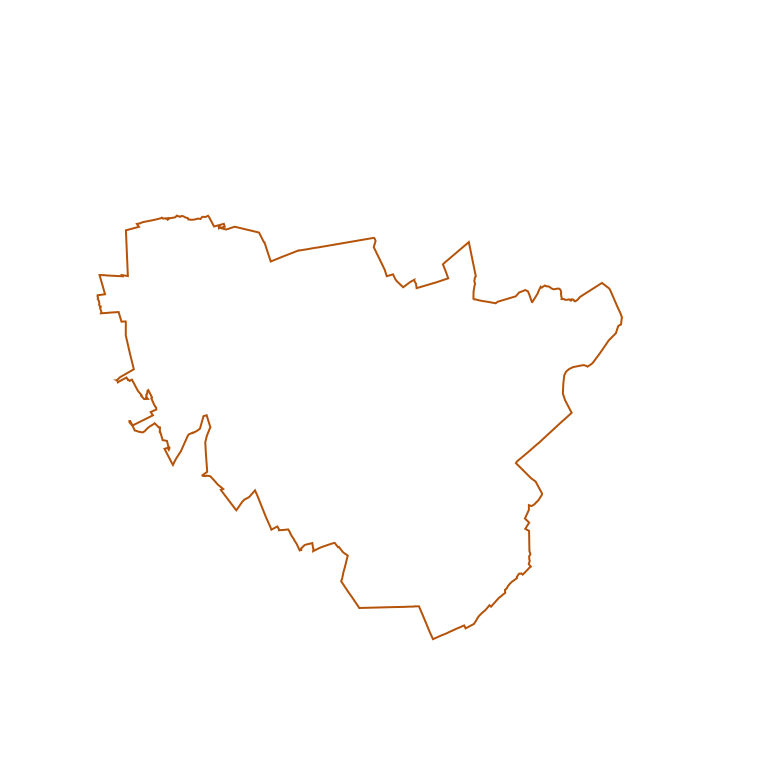 the district of Apaseo el Grande, Guanajuato, Mexico, rotated 63°
{"feature_id": "50627088B68600935642938", "entity_name": "Apaseo el Grande", "entity_type": "district", "adm_level": 2, "iso_a3": "MEX", "parent_name": "Mexico", "parent_adm1": "Guanajuato", "projection": "albers", "projection_center": [-100.631, 20.591], "detail": "fine", "context": "isolated", "style": "outline", "palette": "amber", "viewbox_px": 768, "rotation_deg": 63, "n_neighbors": 0, "source": "geoboundaries", "source_scale": "gbopen_adm2", "svg_char_len": 6081}
<svg xmlns="http://www.w3.org/2000/svg" viewBox="0 0 768 768"><g transform="rotate(63 384 384)"><path d="M365.7,226.8L362.3,245.4L362.8,247.8L357.4,254.9L355.2,258.0L352.2,261.8L350.3,263.9L349.9,264.3L349.7,265.0L348.9,265.6L348.2,265.4L342.4,262.3L337.9,259.0L335.8,257.2L334.6,257.2L333.0,256.6L331.8,255.6L330.8,255.1L329.7,253.3L296.1,244.0L303.1,273.5L304.1,277.2L311.9,277.9L319.0,278.8L317.2,291.0L313.4,311.4L309.8,310.2L308.7,310.0L307.3,310.1L305.3,310.0L304.9,309.7L305.0,313.5L305.1,314.7L306.5,323.0L298.5,325.8L296.4,326.3L290.4,326.2L289.2,332.6L282.5,331.5L257.4,331.0L252.8,326.6L250.4,326.3L249.2,326.6L232.2,381.3L231.1,384.4L229.5,389.9L226.4,399.5L226.2,399.5L224.6,415.5L223.4,429.3L203.5,426.2L203.2,426.6L192.3,426.6L176.1,445.6L174.7,454.5L171.2,458.4L170.9,457.7L171.6,454.5L168.6,454.0L167.7,458.2L168.6,458.5L170.0,459.5L170.2,460.3L167.5,459.3L166.5,463.9L155.9,464.1L154.2,464.4L154.2,465.6L154.2,466.5L154.1,467.2L154.0,467.7L152.8,469.3L152.7,470.6L153.7,472.6L152.2,474.5L152.1,475.1L151.5,477.9L150.9,479.6L149.7,482.0L149.1,482.6L148.8,483.4L148.5,483.7L148.0,483.4L147.6,483.4L147.1,483.6L146.6,483.9L145.8,485.1L143.8,486.4L142.8,487.5L142.4,487.9L142.5,489.5L142.5,489.8L142.3,490.0L141.9,490.0L141.0,491.5L140.3,491.7L139.9,492.2L140.7,494.3L140.0,496.7L139.0,499.8L139.4,502.2L137.9,502.6L138.6,500.4L138.4,500.4L137.5,503.5L137.2,503.4L136.2,505.9L136.1,506.0L135.4,506.2L134.9,506.5L135.0,507.5L134.6,509.5L133.1,515.5L130.5,524.7L130.0,527.3L130.2,527.9L129.2,531.5L132.7,531.0L129.9,544.2L171.5,563.2L168.0,568.1L169.3,568.1L161.1,582.3L159.8,584.1L159.6,584.9L158.9,585.8L157.8,588.0L177.4,591.8L175.9,596.1L174.9,598.8L175.6,599.4L177.1,599.5L177.5,599.7L177.9,600.2L178.2,600.5L180.3,600.3L182.5,600.9L183.2,601.2L183.9,601.8L184.7,601.9L185.3,601.7L185.9,601.9L186.3,601.3L186.9,601.5L187.6,602.6L188.5,602.6L190.1,602.9L191.2,603.0L191.8,603.3L192.5,604.1L194.8,598.7L196.4,594.8L199.4,587.8L209.3,589.6L210.9,585.8L211.4,585.8L223.4,592.0L241.7,596.6L257.3,600.2L258.1,616.0L259.3,620.2L259.2,620.5L259.7,620.1L261.7,620.4L261.5,618.5L261.3,610.5L264.2,610.3L264.2,609.7L265.7,609.3L265.7,608.6L265.8,608.3L265.6,607.3L265.7,606.6L278.4,606.4L283.9,605.1L284.2,605.8L288.5,604.6L290.1,601.1L288.5,601.4L288.2,601.8L287.7,602.0L286.4,600.7L285.8,600.3L285.6,600.5L284.9,599.6L284.9,599.3L282.6,597.8L282.4,596.8L290.6,596.8L290.8,596.8L291.1,597.8L298.0,598.2L301.0,598.0L301.3,597.7L303.4,598.4L303.0,604.6L303.7,604.6L307.0,604.1L306.8,626.9L301.7,627.0L301.4,627.6L302.6,628.2L304.7,627.6L307.2,627.1L309.3,627.1L312.3,627.2L312.5,626.7L314.9,624.5L317.6,621.0L317.4,618.5L316.4,615.9L315.8,613.8L315.4,611.4L315.3,609.5L315.2,607.8L314.8,606.2L320.6,604.3L320.6,603.4L320.3,602.9L324.9,605.6L325.1,605.6L325.0,605.1L333.6,606.7L334.7,605.0L335.4,604.3L336.2,603.2L342.3,604.7L342.5,604.2L343.6,604.1L344.9,605.6L342.7,605.7L342.1,609.0L357.6,608.9L358.1,608.9L360.3,608.8L357.2,604.7L355.8,602.6L351.7,595.5L341.0,582.3L340.3,580.9L340.5,576.5L340.9,576.5L340.8,571.4L340.2,568.2L330.7,559.4L331.3,556.2L343.9,558.4L344.0,558.8L349.6,565.2L350.8,566.3L354.8,569.7L364.0,573.8L382.0,581.4L382.9,587.2L383.5,587.3L385.1,584.8L385.1,583.7L386.2,582.1L387.3,580.7L392.7,579.1L398.0,577.8L404.5,575.0L404.3,577.5L428.8,573.1L429.5,572.9L424.5,563.6L423.6,560.7L423.6,556.8L423.4,555.0L422.5,553.0L420.2,547.2L425.7,547.5L449.9,549.7L452.8,549.8L460.2,550.2L462.7,550.5L462.5,543.7L465.9,543.5L466.6,544.0L468.2,540.3L470.1,535.4L473.7,535.1L474.0,535.3L478.0,535.2L481.8,534.7L482.3,534.9L486.0,534.5L487.3,534.4L494.0,534.7L494.4,533.1L493.0,532.6L491.5,528.0L491.5,527.3L493.2,520.1L497.7,521.6L498.1,521.7L498.7,521.6L500.8,523.0L500.8,516.7L501.0,513.3L502.4,503.6L503.1,500.1L508.6,499.0L508.7,498.2L515.6,496.8L520.4,494.2L529.3,501.9L533.4,505.7L538.1,509.4L539.1,510.3L539.1,510.5L540.3,511.7L553.3,510.2L559.2,509.3L565.8,508.5L571.4,507.8L572.3,507.8L586.1,478.9L591.7,467.3L592.9,464.6L596.1,457.9L596.0,457.7L598.0,453.8L610.0,454.6L626.5,455.9L633.6,456.2L634.1,446.4L634.5,442.5L634.9,431.0L635.2,427.8L635.4,423.5L635.5,422.2L638.8,422.2L638.6,412.8L636.3,408.8L635.8,408.2L634.2,405.5L633.3,403.2L632.3,399.9L631.6,396.6L630.3,393.4L629.0,390.5L631.0,389.7L630.5,388.5L626.7,378.7L626.0,374.8L625.8,374.5L625.1,370.8L622.4,369.7L621.8,367.3L620.3,365.3L619.1,362.5L618.2,359.6L618.0,358.1L618.0,357.5L617.3,353.7L616.1,353.2L615.5,351.8L614.7,350.7L614.3,349.6L614.9,348.7L615.1,347.7L616.8,347.0L615.8,343.7L613.4,337.0L613.4,336.1L610.2,336.8L609.8,336.5L608.9,335.5L607.5,334.3L606.4,334.2L603.4,332.9L602.4,331.2L602.0,330.7L598.9,330.3L580.7,321.4L577.2,323.9L573.4,317.6L567.8,319.5L562.0,312.1L557.7,309.9L559.3,308.4L559.7,307.9L559.6,305.4L559.4,304.4L558.4,301.6L557.6,299.0L554.3,293.5L553.2,292.9L539.7,293.2L534.8,295.7L514.4,302.4L513.4,300.9L510.3,287.3L507.0,274.1L506.8,272.9L499.5,247.1L494.9,229.9L480.8,230.0L474.9,229.2L473.2,228.7L465.0,224.0L458.2,219.5L455.8,216.4L455.4,215.2L454.7,212.1L454.8,207.8L457.5,198.3L458.1,197.1L460.7,194.6L460.9,194.6L460.5,190.8L460.0,188.5L454.6,177.6L447.2,164.0L444.0,154.3L438.8,149.1L438.6,148.5L438.5,145.8L432.5,141.7L428.1,141.2L422.0,141.0L407.4,140.1L404.2,139.9L403.5,139.8L401.1,140.0L392.9,143.9L395.4,169.8L396.7,172.9L396.9,173.7L397.2,176.0L397.0,176.4L396.3,176.7L395.8,176.9L395.3,176.8L395.2,176.9L394.9,177.0L394.5,177.3L394.4,177.5L394.4,177.8L394.1,177.9L394.1,178.1L393.9,178.2L393.8,178.3L394.0,178.7L393.7,179.2L394.4,179.7L394.0,180.0L393.0,180.4L392.5,180.8L392.5,181.3L391.7,183.7L391.0,184.5L390.2,184.9L388.9,187.2L388.2,186.6L387.5,186.4L386.5,186.3L384.9,185.6L384.3,185.6L383.0,184.7L382.1,184.3L381.7,184.2L381.0,184.2L380.4,184.0L379.8,184.1L378.7,184.6L378.1,185.3L377.5,187.1L377.1,188.4L376.5,190.1L374.6,191.5L372.2,192.7L371.8,193.0L371.5,193.7L370.7,194.7L370.7,195.0L369.3,195.9L369.5,198.3L369.8,199.7L369.4,200.0L368.5,200.3L372.0,204.9L373.0,205.8L377.9,213.9L378.4,214.6L378.0,215.0L369.8,213.9L366.8,213.7L364.3,215.6L364.3,217.4L363.8,222.1L365.7,226.8Z" fill="none" stroke="#b45309" stroke-width="2"/></g></svg>